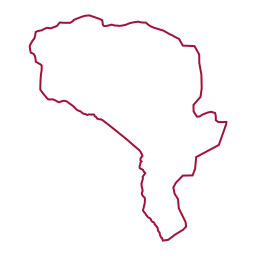 the district of Amasia, Shirak, Armenia
{"feature_id": "60910142B69000045179154", "entity_name": "Amasia", "entity_type": "district", "adm_level": 2, "iso_a3": "ARM", "parent_name": "Armenia", "parent_adm1": "Shirak", "projection": "orthographic", "projection_center": [43.631, 40.973], "detail": "fine", "context": "isolated", "style": "outline", "palette": "rose", "viewbox_px": 256, "rotation_deg": 0, "n_neighbors": 0, "source": "geoboundaries", "source_scale": "gbopen_adm2", "svg_char_len": 3197}
<svg xmlns="http://www.w3.org/2000/svg" viewBox="0 0 256 256"><path d="M179.1,38.9L175.9,37.4L172.5,35.5L169.3,34.0L165.9,32.0L163.1,30.5L160.4,29.7L156.5,28.5L153.7,27.6L151.0,26.5L148.5,24.9L147.2,23.8L146.2,22.8L145.3,22.6L143.6,22.6L141.7,22.4L140.1,22.2L138.0,21.6L136.1,22.0L133.7,22.3L131.2,22.8L128.8,23.5L125.8,24.8L122.5,25.5L119.6,25.9L117.9,25.7L117.0,25.6L114.9,25.6L113.0,25.0L111.6,24.6L109.6,25.2L107.6,25.7L107.0,25.8L105.0,26.2L103.6,25.8L102.7,24.3L102.6,22.4L102.3,21.0L102.2,20.2L101.3,19.8L101.1,19.6L98.4,18.5L93.2,16.7L91.9,16.3L89.5,15.4L84.9,15.8L83.3,16.3L81.0,17.1L78.0,18.2L73.9,19.9L73.1,20.9L71.6,21.9L70.0,22.9L68.1,22.8L63.7,22.8L59.8,22.5L58.5,24.0L57.6,25.2L56.9,26.0L54.6,27.0L52.5,27.6L51.2,28.3L49.4,28.1L49.2,28.1L47.0,27.8L46.2,28.1L45.5,28.4L42.9,29.6L42.0,30.3L40.5,30.5L37.8,31.1L37.2,31.3L35.7,32.0L35.4,34.1L34.9,36.4L34.7,37.3L34.4,38.4L34.0,38.9L32.9,40.2L31.6,42.3L30.4,44.5L29.7,46.1L30.1,49.4L30.4,51.3L30.9,52.7L32.1,53.2L33.1,53.7L33.8,54.1L35.1,56.4L35.1,56.6L35.7,60.4L35.8,61.8L38.4,63.2L40.0,64.1L41.7,65.4L41.7,67.8L41.6,70.4L41.0,74.3L40.6,78.7L40.4,84.5L40.3,89.5L41.2,91.0L42.5,92.7L44.0,94.6L47.2,98.4L48.3,99.4L50.6,99.4L52.5,99.3L53.9,99.7L55.3,100.4L56.9,101.3L58.7,102.2L59.4,102.2L60.8,101.6L63.1,100.8L65.0,100.9L66.9,101.5L68.6,102.8L71.4,104.8L73.9,106.8L76.1,109.1L77.4,110.2L78.0,110.4L80.9,111.6L82.0,112.7L83.4,113.7L85.4,114.1L87.2,115.0L88.6,114.5L89.6,114.4L91.0,114.6L92.8,114.4L93.3,114.5L94.2,114.7L94.3,115.0L94.7,116.2L95.7,116.7L96.7,117.8L97.3,118.7L99.1,119.3L101.3,119.4L103.7,121.0L109.1,125.2L122.3,135.8L127.2,139.8L131.9,143.9L136.1,147.5L139.4,150.2L140.7,152.0L141.8,154.4L142.3,155.5L142.5,155.9L142.4,156.0L141.8,156.7L140.5,158.7L140.5,160.5L141.5,161.4L140.8,162.0L140.4,163.1L140.1,164.8L139.5,166.6L139.7,168.0L140.7,168.8L142.0,169.3L143.0,169.9L143.6,171.2L144.2,172.1L144.5,172.3L145.3,173.1L144.5,174.3L144.1,174.8L143.5,175.5L142.6,177.0L142.9,178.3L142.6,179.7L142.0,181.7L141.4,183.9L141.7,186.4L142.2,188.2L142.5,189.8L142.6,191.3L142.0,192.4L141.8,194.0L142.4,195.3L143.3,196.5L144.7,197.7L144.9,198.8L144.9,200.4L144.8,202.1L144.6,203.9L144.2,205.1L143.9,206.8L143.5,208.4L143.0,210.0L143.1,210.7L143.6,211.4L144.2,212.3L145.0,213.1L145.5,213.8L145.9,214.6L147.0,215.9L147.8,217.1L148.7,217.6L149.8,218.2L150.6,218.8L150.9,219.7L151.4,220.7L151.9,221.3L152.5,221.9L153.2,222.0L154.1,222.7L154.5,223.3L154.7,224.4L155.5,225.1L156.3,226.0L156.6,226.8L157.1,227.0L157.4,227.5L157.7,228.7L157.9,229.8L158.2,230.9L158.9,231.8L159.6,232.5L159.6,233.3L160.0,235.0L160.5,236.2L161.0,237.4L161.9,237.9L162.2,238.1L162.4,238.8L162.4,239.2L162.5,239.7L162.9,240.6L168.2,239.8L175.3,234.5L183.0,229.8L186.2,226.5L185.5,221.9L178.8,208.3L178.5,204.6L178.0,199.2L176.6,196.9L174.7,194.0L173.3,187.5L175.8,182.9L177.5,181.1L182.8,175.6L192.6,175.4L195.1,168.8L196.2,157.1L218.8,145.0L226.3,123.9L226.3,122.0L218.4,122.1L215.8,120.2L215.8,116.3L215.1,113.0L211.1,111.8L207.9,112.5L202.7,114.5L199.5,116.5L196.9,116.6L193.6,111.4L193.5,104.9L200.5,96.9L201.2,91.9L201.7,88.4L201.4,74.7L199.3,63.0L199.2,54.5L196.2,49.2L194.5,46.1L182.8,45.6L179.1,38.9Z" fill="none" stroke="#9f1239" stroke-width="2"/></svg>